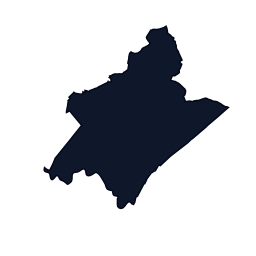 the district of Tudora, Botosani, Romania, rotated 323°
{"feature_id": "2599482B63139425196950", "entity_name": "Tudora", "entity_type": "district", "adm_level": 2, "iso_a3": "ROU", "parent_name": "Romania", "parent_adm1": "Botosani", "projection": "orthographic", "projection_center": [26.654, 47.501], "detail": "fine", "context": "isolated", "style": "filled", "palette": "ink", "viewbox_px": 256, "rotation_deg": 323, "n_neighbors": 0, "source": "geoboundaries", "source_scale": "gbopen_adm2", "svg_char_len": 5602}
<svg xmlns="http://www.w3.org/2000/svg" viewBox="0 0 256 256"><g transform="rotate(323 128 128)"><path d="M74.8,163.3L74.8,164.5L75.1,165.2L75.9,166.4L77.2,167.9L78.1,169.3L77.1,170.2L76.2,172.2L76.3,173.5L77.0,174.4L77.9,175.2L78.5,176.4L78.4,177.3L78.1,177.7L77.0,178.1L76.0,179.5L73.9,182.1L72.6,184.4L72.7,186.0L73.4,187.4L74.2,188.1L75.9,188.7L77.1,188.6L78.8,188.3L81.5,187.4L83.7,187.3L85.2,187.9L85.5,190.9L86.4,192.4L88.0,191.6L88.7,191.4L92.3,188.2L92.6,188.0L93.8,188.1L94.5,188.2L95.4,187.7L106.2,182.6L107.5,182.0L107.9,182.5L111.1,180.9L111.1,180.5L112.0,180.2L115.0,179.2L119.4,177.9L120.0,178.0L123.1,178.2L124.1,178.6L125.9,177.8L127.5,177.2L128.9,176.5L130.3,176.1L131.2,177.5L144.8,176.0L167.1,175.7L171.6,175.1L171.9,175.0L172.3,175.2L173.6,175.2L183.6,174.6L191.3,174.1L192.9,173.8L205.5,173.1L217.3,172.2L220.5,172.0L220.2,171.4L219.8,170.7L219.4,170.3L219.3,170.2L218.4,169.3L218.1,168.5L217.8,167.9L217.5,167.1L217.0,165.9L217.0,165.5L216.6,164.4L214.7,160.3L212.4,158.0L212.0,157.6L211.2,155.9L210.6,155.0L209.5,153.5L209.3,153.1L208.7,151.7L208.4,151.4L207.4,150.5L206.5,150.3L206.4,150.2L205.7,150.1L205.5,149.9L203.7,149.3L203.1,149.2L200.7,148.3L199.1,147.2L197.6,146.4L196.6,146.0L196.4,146.0L195.3,145.6L195.0,145.4L193.8,143.9L193.3,143.5L192.8,143.2L191.5,142.6L189.7,141.1L190.3,139.8L191.3,136.4L191.8,135.8L193.2,135.8L195.1,134.4L196.2,133.1L196.5,132.8L196.8,131.0L196.6,130.2L195.8,125.1L195.7,124.7L195.6,124.1L195.5,123.5L195.2,122.6L193.8,119.5L193.4,118.9L192.3,117.7L191.4,116.5L190.9,115.8L190.9,115.5L190.9,115.4L191.5,114.9L191.7,114.6L192.0,114.6L192.4,114.4L194.2,113.3L194.7,113.1L195.1,113.1L196.1,113.8L196.5,114.2L196.6,114.4L200.4,114.7L201.2,114.7L202.1,114.6L202.5,114.4L202.7,114.0L203.0,113.7L203.2,113.2L203.4,112.8L203.6,112.7L204.1,112.3L204.3,112.3L205.1,111.8L205.8,111.7L207.2,110.7L208.3,110.1L209.3,109.4L209.2,109.2L209.1,108.9L209.0,108.2L209.0,107.8L208.9,106.8L208.9,106.4L209.4,106.2L210.3,106.1L212.0,106.3L213.7,98.6L214.1,97.5L214.3,96.8L214.3,94.7L215.0,92.6L215.5,92.0L216.3,90.8L216.4,89.8L216.3,89.5L216.6,89.0L216.8,88.8L217.5,87.9L217.7,87.1L217.7,86.8L217.2,86.4L217.1,85.9L217.1,85.5L216.9,85.1L217.0,84.9L217.6,84.7L217.7,84.4L218.2,84.0L218.4,84.0L218.7,83.8L218.8,83.6L218.5,82.8L218.1,82.6L217.9,81.4L217.8,81.2L217.8,80.4L217.8,79.8L217.6,79.1L217.5,78.5L217.4,78.4L217.3,77.9L217.2,77.8L216.7,76.3L218.2,73.4L218.7,72.5L219.3,71.0L219.4,70.6L219.4,70.2L219.5,69.8L219.6,69.6L217.0,69.4L216.1,69.1L214.1,68.4L213.5,68.3L213.2,68.2L211.3,67.2L210.2,66.6L209.5,66.0L207.5,64.4L205.0,63.8L204.8,63.6L204.6,63.9L202.8,64.4L201.3,65.1L200.2,65.4L198.2,66.2L197.4,66.6L197.4,66.9L197.2,67.0L196.8,67.9L196.8,68.1L196.7,69.4L196.6,70.8L196.8,71.4L196.8,72.0L196.5,72.6L196.4,73.2L196.2,73.5L196.0,74.0L195.9,74.1L195.6,74.2L195.3,74.2L194.5,74.1L194.0,74.2L193.4,74.2L193.2,74.0L192.5,74.0L190.5,73.7L189.0,73.3L188.5,73.4L188.3,73.3L188.2,73.4L187.8,73.2L187.6,73.2L186.4,73.4L185.7,73.8L184.8,74.2L183.1,74.2L181.7,74.1L181.1,74.2L180.8,74.0L180.2,73.6L179.1,73.1L178.9,73.0L178.6,72.8L177.8,72.1L177.4,71.4L177.2,71.4L176.9,71.0L176.4,69.6L176.2,69.1L175.9,69.1L175.5,69.3L174.5,69.3L174.4,69.3L174.1,69.6L172.9,70.4L172.6,70.9L172.2,71.1L171.6,71.6L171.3,72.1L170.7,72.6L169.9,73.6L169.6,73.8L169.0,74.2L168.5,74.7L168.1,75.1L167.6,75.5L166.9,76.0L166.9,76.8L166.8,77.6L166.7,77.9L166.6,78.1L166.0,78.5L165.7,78.9L165.5,79.1L165.2,79.2L163.2,81.2L163.0,81.3L161.6,81.3L161.3,81.4L160.9,81.4L160.6,81.4L160.4,81.3L159.9,81.2L159.5,81.3L159.2,81.3L158.0,81.0L157.7,81.1L157.1,81.4L156.4,81.6L156.2,81.5L155.8,81.1L155.0,80.8L154.7,80.4L154.3,80.2L153.5,79.4L153.1,79.1L152.4,78.8L151.8,78.5L150.8,77.5L150.2,77.1L149.7,76.8L147.9,76.2L146.9,76.2L144.8,75.6L144.6,75.5L144.5,75.9L144.4,76.1L144.0,76.4L143.5,76.4L143.7,76.9L143.7,78.7L143.7,79.1L143.8,79.2L143.8,79.4L143.1,79.9L143.0,80.1L142.8,80.2L142.6,80.8L139.5,79.6L139.9,79.3L140.0,78.9L139.2,79.2L138.6,79.5L138.1,79.4L138.1,79.2L136.8,78.9L131.9,78.0L129.1,77.4L129.0,77.8L128.8,77.7L127.8,77.4L127.2,77.4L126.9,77.2L126.5,77.0L124.5,76.4L123.1,76.1L122.7,75.9L120.7,75.4L120.2,75.1L118.8,75.5L118.4,74.9L118.4,75.0L118.0,74.4L116.3,72.1L115.8,72.7L115.4,73.0L115.5,73.3L114.8,73.6L114.6,73.6L113.8,72.0L113.7,72.1L113.5,72.4L112.1,73.6L109.6,71.6L106.7,68.4L106.5,68.2L106.5,67.9L106.2,66.9L105.4,67.2L99.5,67.9L99.6,68.6L99.8,69.6L96.7,70.0L96.7,70.4L96.2,70.8L92.4,74.6L91.1,75.7L88.5,78.1L88.2,78.6L91.6,79.2L91.8,80.5L91.9,84.1L92.2,89.8L92.3,92.6L92.6,98.0L83.6,100.3L77.0,102.0L76.1,102.3L51.5,108.4L51.2,108.6L50.7,109.0L46.6,111.4L39.8,114.8L38.1,111.9L37.5,109.4L36.6,110.2L35.7,111.2L35.6,111.7L35.5,112.1L35.6,112.6L35.7,113.0L35.9,113.4L37.7,115.8L37.8,116.0L37.9,116.6L37.9,117.4L37.6,118.2L36.4,120.8L36.0,121.8L35.9,122.6L36.1,123.4L36.4,123.6L36.7,123.7L38.3,123.7L41.7,122.9L42.3,123.1L43.1,123.7L43.3,124.2L43.3,125.0L42.9,127.5L42.8,128.5L43.3,129.5L44.6,131.7L44.9,132.7L45.3,134.1L45.6,135.7L45.8,136.3L46.2,136.7L46.5,136.8L47.7,136.7L49.1,136.8L50.2,136.6L51.0,136.3L51.6,135.8L52.6,135.0L54.4,132.7L55.1,132.0L55.9,131.4L56.4,131.1L56.9,131.0L58.1,131.1L58.7,131.3L60.8,132.5L62.2,133.0L63.6,133.2L66.5,133.3L67.4,133.6L68.1,134.1L68.3,134.3L68.6,134.8L68.6,135.0L68.7,135.4L68.4,136.5L68.1,137.3L67.1,139.3L66.8,140.1L66.8,140.8L67.0,141.4L67.3,141.8L67.6,142.2L67.9,142.4L68.9,143.0L69.3,143.1L71.0,143.5L75.3,143.9L75.6,144.0L75.9,144.3L76.2,144.9L76.5,145.5L76.7,146.1L77.0,147.5L77.1,148.1L77.1,149.2L77.1,150.3L76.9,151.9L76.6,155.3L76.1,159.0L74.9,162.6L74.8,163.3Z" fill="#0f172a" stroke="#020617" stroke-width="1.5"/></g></svg>